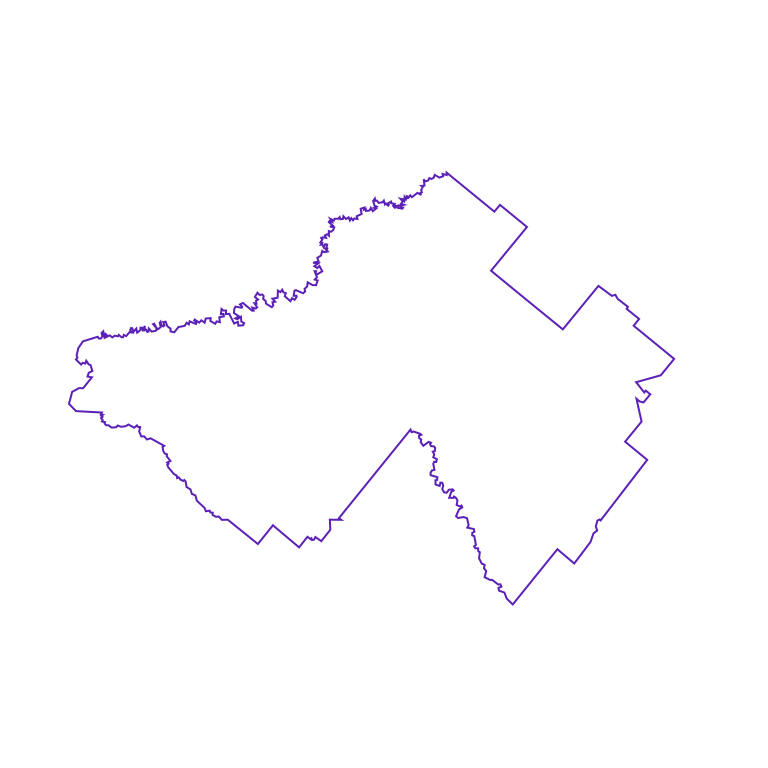 Campaspe, Victoria, Australia, rotated 309°
{"feature_id": "25037944B18187162419032", "entity_name": "Campaspe", "entity_type": "district", "adm_level": 2, "iso_a3": "AUS", "parent_name": "Australia", "parent_adm1": "Victoria", "projection": "orthographic", "projection_center": [144.612, -36.323], "detail": "fine", "context": "isolated", "style": "outline", "palette": "violet", "viewbox_px": 768, "rotation_deg": 309, "n_neighbors": 0, "source": "geoboundaries", "source_scale": "gbopen_adm2", "svg_char_len": 6166}
<svg xmlns="http://www.w3.org/2000/svg" viewBox="0 0 768 768"><g transform="rotate(309 384 384)"><path d="M240.5,131.8L227.7,123.2L219.7,123.8L212.8,127.1L211.6,129.1L209.2,129.1L208.5,136.4L210.9,136.6L211.9,139.0L214.7,138.0L213.4,142.1L214.0,144.1L210.5,149.2L206.9,147.5L203.2,148.9L205.4,152.8L191.3,152.8L188.9,149.6L181.6,146.6L170.3,151.7L169.1,161.7L184.3,182.7L182.5,183.0L183.2,184.9L181.4,184.2L181.3,185.9L179.5,185.5L179.0,188.0L177.4,188.4L178.8,191.2L177.4,191.8L177.1,194.1L178.5,195.8L178.8,199.9L182.0,203.1L184.2,203.2L185.3,206.6L188.6,209.8L191.7,210.9L192.8,217.4L196.3,218.0L195.8,219.7L197.1,221.6L193.0,223.6L190.5,228.4L192.4,230.6L191.7,234.7L194.9,236.8L197.6,252.1L195.8,251.5L193.0,254.6L192.0,257.4L192.8,259.7L191.1,260.6L189.8,266.5L186.5,264.9L186.3,266.7L184.8,266.4L183.5,268.7L181.8,277.4L182.4,280.4L180.7,282.5L182.3,283.2L181.6,286.1L182.3,289.0L183.7,289.2L183.5,291.0L179.7,295.4L180.3,299.9L177.7,303.8L178.7,307.6L175.5,312.1L174.8,322.6L173.0,325.6L175.9,328.3L174.9,329.8L176.2,331.9L174.4,333.2L175.0,336.9L177.0,339.0L176.4,343.5L180.2,348.0L180.3,386.7L204.3,386.6L203.6,420.8L217.1,420.7L217.2,424.4L218.4,424.7L217.4,426.2L219.1,427.6L221.9,427.0L222.4,434.2L236.9,434.0L244.5,427.3L251.5,436.2L251.4,433.4L365.3,433.3L363.9,435.8L365.7,436.9L368.1,443.5L368.0,444.9L365.9,443.7L364.1,445.5L364.3,447.8L361.9,449.1L360.7,453.4L367.1,455.1L367.9,457.5L366.2,457.7L365.3,459.6L367.0,462.2L366.5,464.0L364.0,465.7L362.1,464.5L361.0,467.3L358.1,468.4L358.8,472.5L356.2,473.6L355.2,471.9L353.0,472.5L348.9,477.3L346.9,475.6L344.1,476.1L342.5,477.7L345.2,484.1L342.8,485.6L341.6,484.6L338.3,487.3L339.8,491.4L342.9,489.9L343.9,491.5L342.2,494.1L339.1,495.3L337.6,498.8L338.9,501.1L342.7,501.0L345.3,503.6L345.1,505.1L342.3,504.2L336.6,506.3L339.3,509.7L340.5,509.3L340.9,511.3L339.7,514.4L335.7,516.6L336.6,520.0L338.3,520.7L337.4,522.5L333.6,521.2L326.6,523.2L326.5,525.9L330.8,529.7L331.9,533.1L327.5,538.7L324.8,539.1L327.8,545.1L326.1,547.2L323.8,546.3L321.9,547.8L322.6,549.9L316.8,556.7L314.5,556.2L313.8,558.3L315.5,560.5L313.4,562.6L313.6,564.3L308.3,567.6L305.9,573.1L306.8,576.0L303.7,577.7L302.9,581.2L297.2,583.8L298.6,590.1L299.8,591.2L300.1,599.1L301.6,600.5L300.5,602.8L297.5,601.3L295.8,603.6L297.7,608.8L294.4,614.5L293.7,622.8L364.7,622.7L364.2,644.8L391.2,643.9L399.8,640.8L404.3,641.9L406.5,638.3L412.2,635.8L414.5,636.9L414.3,638.2L490.7,636.3L490.9,607.7L516.9,607.8L531.4,589.5L531.3,593.7L533.0,597.3L543.6,597.4L543.6,591.6L541.2,591.6L544.1,578.8L564.9,593.6L586.1,593.7L586.4,541.4L595.1,541.3L595.1,525.2L597.5,525.0L597.2,512.1L598.9,507.7L595.9,505.6L595.2,488.9L539.0,488.6L539.1,445.5L539.4,395.9L596.0,396.3L596.2,361.4L587.4,361.3L587.7,299.6L585.8,301.2L584.1,297.4L582.7,299.2L579.3,297.2L578.4,291.8L575.4,292.8L573.2,291.8L572.5,289.6L570.1,290.3L567.2,288.4L568.2,286.0L563.7,290.6L561.5,288.4L561.5,290.1L558.1,290.8L556.8,292.8L554.8,291.8L554.3,294.0L553.6,289.7L546.7,288.1L547.1,285.6L545.0,285.8L544.5,284.2L543.4,286.5L543.6,283.8L541.5,284.7L542.3,282.3L539.0,284.6L539.5,282.5L538.3,280.1L537.7,283.8L534.7,283.8L535.8,286.7L532.7,284.2L532.0,286.0L533.1,287.8L531.9,288.0L529.8,284.3L531.5,282.6L529.7,281.5L529.8,279.7L528.7,282.1L527.7,281.3L528.2,278.9L530.6,278.9L529.1,275.9L530.2,274.7L526.4,273.2L526.3,274.9L525.2,275.0L525.5,272.0L524.1,271.7L526.4,268.5L524.5,268.6L521.3,265.8L522.1,263.1L520.9,262.0L522.4,260.2L519.5,260.3L516.6,264.5L517.2,266.5L514.8,265.5L515.7,267.5L511.3,266.6L512.6,262.9L509.8,263.6L507.2,261.1L508.7,259.5L506.9,258.8L508.8,257.7L505.5,255.6L502.0,259.6L497.2,257.2L495.5,259.5L494.0,256.8L491.7,256.9L492.3,254.2L489.6,254.6L491.3,251.6L488.3,250.7L488.8,246.9L486.4,248.2L484.5,246.3L485.8,244.5L483.6,244.4L481.3,241.6L479.4,242.2L478.6,238.2L477.2,241.7L476.3,239.1L475.1,239.2L474.9,244.6L472.3,243.0L474.4,246.7L471.7,247.7L469.0,247.0L468.1,244.9L464.6,247.9L464.6,245.6L462.3,244.5L461.1,247.0L459.6,244.2L458.0,244.1L458.0,242.2L457.6,245.2L453.9,245.5L454.8,247.1L452.5,247.3L453.6,248.4L452.4,250.9L455.6,250.3L456.6,252.1L453.7,253.5L453.9,255.4L452.2,252.8L451.6,256.9L448.8,254.5L448.6,252.3L444.1,254.2L440.1,252.8L438.1,256.0L433.6,252.6L436.5,257.0L431.7,255.7L432.1,259.2L435.1,259.5L432.7,265.1L427.0,263.0L426.8,261.2L428.9,260.2L428.0,259.1L424.8,264.7L421.6,264.5L422.7,267.3L418.1,269.0L415.9,266.3L415.0,260.7L411.4,262.9L407.9,262.4L406.3,264.5L403.6,264.0L401.5,256.5L400.2,255.7L395.7,258.3L397.5,260.4L396.8,261.3L393.2,261.6L392.8,258.5L389.5,259.2L389.8,251.6L392.8,250.5L391.9,248.0L393.2,245.6L390.2,245.6L389.8,242.8L384.1,247.0L380.1,243.6L379.5,247.6L377.3,245.9L375.4,248.5L373.1,248.5L372.2,241.6L374.0,239.9L374.1,236.5L376.6,235.2L377.0,233.2L374.9,231.2L375.3,228.2L370.4,228.9L370.4,232.9L368.2,232.1L366.2,234.3L365.2,232.5L363.7,237.2L361.9,236.8L360.5,233.6L359.0,236.5L358.0,235.5L358.2,223.4L355.2,222.0L354.9,225.1L353.7,225.4L350.7,219.9L348.4,220.3L344.7,222.7L345.3,228.5L341.4,227.2L342.1,229.3L346.2,230.5L342.7,233.9L343.3,237.0L341.1,237.6L337.7,234.2L340.3,231.3L336.7,229.5L341.1,219.6L338.9,217.2L341.7,215.0L340.0,212.9L340.1,210.5L335.6,213.3L337.5,215.2L335.8,217.0L332.2,214.0L328.8,217.5L327.3,214.5L324.6,214.9L323.7,209.5L326.1,207.9L322.7,204.2L318.8,206.0L318.5,201.9L315.4,201.8L315.0,196.4L314.0,196.5L313.9,199.5L312.3,200.1L310.4,193.5L307.5,194.8L307.4,192.1L303.7,192.5L298.9,188.4L292.2,188.5L290.5,185.0L292.7,183.3L292.6,179.1L295.0,175.1L293.2,173.4L291.3,176.5L289.8,176.2L289.8,173.7L291.8,171.2L290.4,171.2L287.9,174.6L284.8,174.1L284.2,172.5L286.2,167.4L285.2,166.9L284.5,171.1L283.0,173.3L281.5,173.0L278.5,170.4L279.1,166.3L276.6,168.0L275.5,167.2L276.6,165.0L276.1,163.1L278.6,161.8L276.4,161.8L274.8,164.0L273.8,162.9L275.4,160.5L274.6,159.3L272.5,160.8L268.6,159.8L271.2,156.6L267.1,156.5L268.9,153.3L268.3,152.2L266.2,152.8L265.5,155.9L264.1,153.6L259.0,153.5L258.4,150.9L256.2,151.8L255.1,150.5L255.3,147.0L253.6,147.2L252.2,144.4L249.2,143.5L249.3,140.4L247.4,139.3L247.7,136.0L246.2,136.1L246.3,138.9L244.0,137.8L248.3,132.7L245.9,132.4L243.9,135.2L241.1,135.3L239.9,133.8L240.5,131.8Z" fill="none" stroke="#5b21b6" stroke-width="2"/></g></svg>